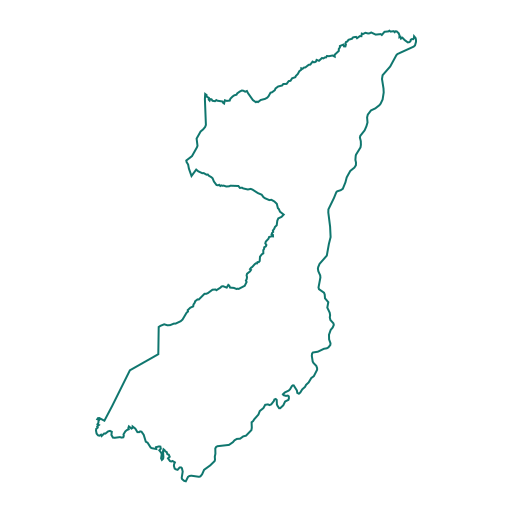 Nova Nazaré, Mato Grosso, Brazil (Robinson projection)
{"feature_id": "56859067B23326141665054", "entity_name": "Nova Nazaré", "entity_type": "district", "adm_level": 2, "iso_a3": "BRA", "parent_name": "Brazil", "parent_adm1": "Mato Grosso", "projection": "robinson", "projection_center": [-51.887, -14.146], "detail": "fine", "context": "isolated", "style": "outline", "palette": "teal", "viewbox_px": 512, "rotation_deg": 0, "n_neighbors": 0, "source": "geoboundaries", "source_scale": "gbopen_adm2", "svg_char_len": 5988}
<svg xmlns="http://www.w3.org/2000/svg" viewBox="0 0 512 512"><path d="M99.2,418.0L97.9,418.2L97.3,419.2L99.4,419.7L98.5,420.9L98.4,422.8L97.5,424.2L98.9,425.0L97.2,426.4L97.7,427.6L96.2,428.9L96.0,430.6L96.6,433.6L98.0,435.3L99.4,435.7L101.0,434.7L101.6,436.0L104.2,433.5L105.4,433.6L108.1,431.4L110.0,430.9L111.8,431.8L111.4,434.9L112.9,437.6L114.7,437.8L119.9,437.1L121.6,437.6L123.3,437.3L123.8,435.8L123.5,434.4L125.3,431.4L126.8,430.1L128.7,429.3L128.3,428.1L128.9,426.4L131.5,428.6L132.5,427.9L132.6,426.5L135.3,428.6L137.4,432.1L139.3,432.1L140.1,431.4L141.5,431.7L143.7,434.8L145.8,441.7L147.6,442.7L150.7,447.6L151.9,448.2L156.3,449.0L156.0,447.2L159.0,446.4L160.4,446.6L160.8,448.7L159.3,450.3L161.2,452.7L161.7,454.4L161.1,458.3L161.9,459.9L163.1,458.7L163.4,457.1L163.0,451.3L163.5,449.3L164.6,450.2L165.2,451.3L166.7,452.1L167.4,454.2L168.8,454.7L169.7,456.8L168.0,458.3L170.0,461.1L171.3,461.5L172.5,461.0L174.9,462.4L174.1,464.2L173.9,465.9L174.7,468.6L176.0,469.4L177.6,469.8L179.6,467.5L181.0,467.4L181.9,468.2L182.7,471.6L181.7,477.9L182.1,479.1L184.2,480.9L185.8,481.3L188.0,476.9L189.4,476.0L191.3,475.7L199.0,476.8L200.4,476.4L202.1,474.3L204.1,469.8L210.2,465.4L214.6,461.1L215.0,459.7L214.8,456.7L215.4,453.8L215.3,448.4L216.2,446.9L217.5,446.2L229.0,444.9L232.9,442.2L234.5,440.3L236.9,438.9L240.1,438.7L243.2,436.4L246.0,435.7L251.4,430.1L251.8,427.8L251.6,422.3L253.1,421.1L254.2,419.3L258.4,414.6L259.8,411.0L263.4,408.1L265.2,404.8L267.9,404.4L269.5,405.1L271.2,404.4L273.8,401.1L274.4,399.5L275.7,399.0L276.7,399.9L276.9,404.3L277.4,405.6L279.1,408.2L280.2,408.2L283.3,405.3L285.1,401.5L288.4,399.9L288.9,398.4L288.8,396.4L287.8,395.6L286.0,395.9L283.6,395.2L282.9,394.3L284.9,392.4L288.7,390.6L290.1,389.2L291.8,386.2L292.7,385.4L293.7,385.4L296.9,390.5L297.3,392.9L298.9,393.7L300.3,392.5L302.2,389.4L305.0,386.9L306.1,384.8L308.6,382.5L311.3,378.0L313.8,376.2L317.1,369.8L317.1,368.1L316.3,365.9L313.5,363.0L312.7,361.6L311.8,355.8L312.1,353.5L312.9,352.5L317.9,351.7L323.9,348.8L326.8,348.3L328.4,347.4L330.3,345.0L330.5,343.3L329.1,339.4L329.0,334.7L330.7,329.9L332.7,327.5L333.8,324.9L333.4,323.3L330.4,320.0L329.8,317.4L330.1,315.2L329.7,312.7L327.3,307.6L328.3,302.2L325.0,298.3L324.7,294.5L324.0,292.7L319.0,289.2L318.5,287.5L320.4,277.5L320.2,275.4L318.3,271.2L317.9,268.7L318.2,267.1L319.6,263.8L326.8,255.6L328.9,243.9L330.6,237.1L330.1,226.7L328.3,212.5L328.4,209.4L334.0,197.9L336.3,192.2L337.2,191.3L340.7,190.2L342.8,188.8L345.4,182.4L346.7,177.4L348.5,174.1L350.3,170.9L354.4,167.6L355.9,165.2L356.0,162.6L355.4,159.9L355.7,155.9L356.0,154.7L360.5,147.4L360.9,144.8L360.8,141.2L359.9,137.6L360.3,135.8L364.6,130.4L366.4,126.3L367.5,122.5L367.1,117.4L367.8,114.6L371.0,110.4L375.3,108.4L379.4,105.2L380.6,103.7L382.6,99.5L383.7,92.5L383.5,88.5L382.0,79.0L382.6,75.2L390.2,66.5L396.4,55.1L397.5,54.0L413.7,46.6L415.0,45.4L416.0,41.8L416.0,40.1L415.6,38.1L414.1,36.3L413.9,38.0L413.2,39.2L411.8,39.1L410.8,39.7L410.6,40.9L409.5,42.1L407.8,42.4L404.7,40.1L402.4,37.7L401.0,38.6L400.5,36.9L399.4,37.3L399.5,35.4L398.7,33.3L396.7,31.4L395.4,31.3L394.7,32.2L393.6,31.2L390.5,31.6L389.4,30.7L388.4,31.4L384.5,31.8L381.8,35.0L380.7,34.1L375.7,34.6L371.2,32.5L369.6,33.3L368.1,33.5L365.4,32.8L363.0,34.0L361.8,33.6L361.4,36.2L359.9,36.1L357.0,38.2L356.1,36.9L353.8,37.2L352.7,37.6L352.1,38.7L348.5,39.8L347.3,41.5L346.0,42.0L345.4,43.4L345.9,44.5L345.4,46.4L344.0,46.4L343.4,44.6L339.9,46.0L339.9,47.4L338.8,49.0L338.8,50.9L334.6,54.8L334.7,56.6L332.5,55.5L329.0,56.2L326.9,56.0L326.1,57.4L324.9,57.4L323.4,58.4L322.0,58.0L319.0,60.8L316.6,59.9L316.0,61.5L315.0,62.1L313.8,62.3L312.6,61.6L310.3,64.6L308.7,64.8L305.4,67.4L303.9,67.6L302.6,68.8L301.3,68.3L301.2,69.8L299.3,71.2L297.8,74.0L295.9,75.9L295.3,77.2L292.1,78.3L290.5,80.8L288.7,81.1L286.6,83.9L283.3,84.0L282.1,85.5L278.1,86.5L275.5,88.5L274.8,90.2L272.0,92.3L270.5,92.7L268.5,96.3L267.2,97.7L265.0,98.9L260.7,100.0L258.0,102.1L257.0,101.6L255.9,102.2L252.9,100.1L247.9,93.0L246.9,91.0L245.2,91.7L243.5,90.8L241.9,90.5L239.7,91.6L237.2,93.4L236.5,94.7L234.3,95.3L232.6,96.5L230.4,98.7L229.7,100.6L226.7,100.9L224.9,100.3L224.1,103.5L223.1,102.8L222.5,101.5L217.3,100.7L216.3,100.1L215.0,101.2L212.5,100.8L211.5,99.3L210.2,99.1L209.6,100.6L208.7,99.6L208.9,97.9L206.3,96.4L206.6,95.1L205.2,94.0L204.9,99.0L205.9,124.9L205.1,127.0L203.1,129.4L200.6,131.5L196.6,138.6L197.5,145.8L196.9,147.4L192.0,156.1L186.3,160.5L186.6,162.1L188.1,164.5L188.9,168.6L191.5,176.0L196.2,169.6L198.2,171.3L202.3,173.2L203.7,173.1L206.5,174.7L207.8,174.5L208.8,175.7L211.4,177.2L212.6,178.3L213.9,181.5L216.5,185.0L218.0,185.3L219.2,184.8L220.3,186.0L221.3,185.4L222.5,185.8L223.6,185.6L226.3,186.5L229.1,186.3L230.5,185.7L238.4,186.0L239.9,187.9L242.0,187.7L243.1,188.4L247.9,189.5L250.7,188.9L252.5,189.6L257.9,193.1L261.7,194.7L263.4,197.1L264.9,198.2L269.3,200.1L271.4,199.8L274.4,201.5L276.8,203.8L277.9,208.2L278.8,209.0L280.0,211.7L283.7,214.6L281.5,216.9L278.3,218.4L277.3,220.7L276.7,225.3L275.0,226.9L274.1,229.0L272.9,230.5L273.2,231.9L272.1,232.9L271.6,234.4L272.9,234.9L273.0,236.4L271.6,236.3L269.1,237.0L268.5,238.7L265.8,241.6L265.3,243.4L266.4,245.0L265.8,246.4L264.2,247.3L264.1,248.9L263.3,250.1L263.3,253.4L261.8,254.3L260.0,256.7L259.7,261.0L258.8,262.1L257.5,262.1L257.0,263.4L255.9,263.3L254.7,264.2L252.2,267.0L251.2,267.6L250.0,269.1L251.0,269.9L250.0,271.4L247.1,273.7L246.6,275.3L247.0,277.1L246.7,279.1L245.9,280.6L246.6,282.0L244.7,285.8L238.7,288.9L237.5,288.7L236.6,289.0L233.8,287.9L230.1,287.6L229.2,285.6L228.3,284.9L226.7,287.6L223.0,286.2L221.5,286.5L220.5,287.6L216.4,290.2L215.5,289.5L212.5,289.7L207.9,293.1L206.2,293.8L204.5,293.8L198.8,299.5L197.5,299.4L195.1,301.3L194.8,302.6L193.5,304.5L193.2,306.4L190.3,307.7L187.7,310.2L188.0,311.5L186.6,312.7L182.5,319.6L180.7,321.2L175.6,323.6L173.9,323.6L170.2,325.1L167.5,325.3L164.2,324.3L160.5,325.8L158.7,327.0L158.3,354.2L129.9,370.3L112.2,405.9L104.4,420.7L99.2,418.0Z" fill="none" stroke="#0f766e" stroke-width="2"/></svg>